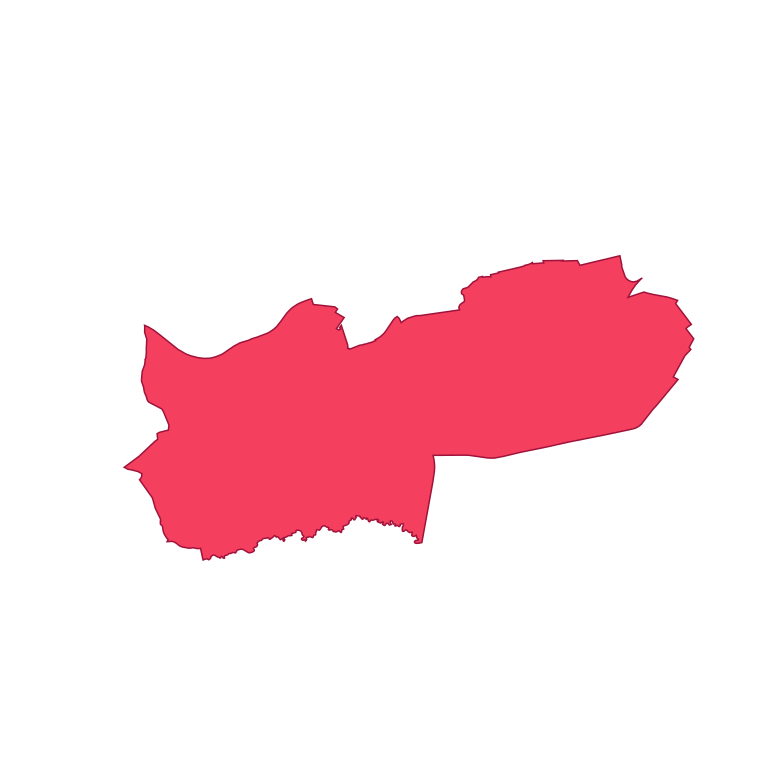 outline of Cumberland, New South Wales, Australia, rotated 314°
{"feature_id": "25037944B74007778337807", "entity_name": "Cumberland", "entity_type": "district", "adm_level": 2, "iso_a3": "AUS", "parent_name": "Australia", "parent_adm1": "New South Wales", "projection": "natural_earth1", "projection_center": [150.958, -33.837], "detail": "fine", "context": "isolated", "style": "filled", "palette": "rose", "viewbox_px": 768, "rotation_deg": 314, "n_neighbors": 0, "source": "geoboundaries", "source_scale": "gbopen_adm2", "svg_char_len": 6159}
<svg xmlns="http://www.w3.org/2000/svg" viewBox="0 0 768 768"><g transform="rotate(314 384 384)"><path d="M119.9,337.5L123.3,340.6L124.5,342.5L125.2,345.5L125.3,347.3L125.7,350.0L126.9,352.6L130.3,357.6L131.0,358.4L133.6,360.4L135.8,363.9L137.2,365.4L138.4,366.1L131.7,376.1L134.7,377.5L135.5,378.7L135.8,380.0L136.1,380.2L138.4,380.3L139.6,379.4L142.0,379.8L142.5,380.1L143.2,381.1L143.9,384.3L144.6,385.5L144.9,387.0L145.6,387.3L146.7,386.7L147.4,387.3L147.5,387.8L147.1,389.2L147.6,390.1L147.9,390.2L149.4,388.9L150.0,388.7L152.4,390.2L154.4,390.3L155.6,391.5L157.8,392.3L158.2,392.7L159.0,394.1L159.4,394.6L162.5,393.8L166.0,395.9L166.5,396.6L167.1,397.8L168.3,402.9L168.8,404.2L169.7,405.0L171.7,406.1L173.2,406.5L174.0,406.5L174.5,406.0L174.9,404.5L175.5,404.1L176.3,404.3L178.4,405.3L180.1,405.0L180.6,404.6L181.4,403.2L181.8,403.0L184.2,403.2L184.9,403.4L186.3,404.5L188.2,404.3L189.7,405.0L190.8,406.1L193.0,407.4L193.2,407.9L192.7,409.3L193.0,409.7L193.8,410.1L195.0,410.1L196.0,410.5L198.5,410.5L199.2,410.8L199.0,412.8L199.6,413.2L200.1,413.3L200.3,413.7L200.3,415.3L200.0,417.5L200.3,417.8L201.6,418.2L202.1,418.9L202.0,419.3L201.1,420.5L201.3,421.2L202.4,421.2L203.2,420.5L203.3,420.1L202.8,418.8L203.3,418.4L206.4,420.1L208.6,420.7L210.1,422.3L211.1,422.9L211.4,422.8L211.8,421.7L212.4,421.5L215.8,423.6L216.4,423.5L217.2,422.6L217.8,422.7L219.0,423.6L219.8,424.7L220.2,425.6L220.4,426.6L219.9,428.3L218.8,429.8L218.8,431.9L218.6,432.3L217.6,432.5L215.7,432.1L215.2,432.2L215.0,432.5L214.9,433.4L215.3,434.3L217.0,435.3L216.4,436.6L217.4,436.7L218.1,436.5L218.7,436.1L219.2,435.0L220.1,434.9L221.3,436.0L222.6,436.4L223.7,439.0L224.3,439.5L226.5,438.6L227.6,439.4L228.2,439.5L229.4,438.3L230.1,438.0L230.8,437.9L231.7,437.0L232.3,436.8L232.8,437.1L233.7,438.8L234.1,439.1L235.0,439.1L238.2,438.5L240.0,439.0L240.7,439.9L241.4,442.5L242.2,443.8L242.0,444.5L240.9,444.8L240.7,445.8L241.4,446.6L242.2,446.8L242.7,447.4L243.0,448.2L242.7,449.9L242.8,450.3L243.6,450.6L243.6,451.5L243.8,451.9L245.4,452.9L246.5,453.1L246.9,453.4L247.2,454.1L247.2,455.9L247.5,456.3L248.2,456.2L249.3,455.2L250.0,455.0L251.6,455.8L252.7,454.0L253.4,453.5L257.3,455.3L259.1,455.6L259.7,455.4L261.0,454.2L263.5,454.8L264.7,453.9L265.2,453.9L265.6,454.9L265.5,456.9L266.0,457.2L268.7,456.7L269.5,455.4L269.8,455.3L270.2,455.6L272.1,458.4L272.1,458.9L271.6,459.5L271.8,460.4L271.6,461.6L271.7,462.5L272.2,462.7L273.1,462.1L273.6,462.2L274.2,463.0L274.4,465.2L274.8,465.2L275.4,464.8L275.8,465.1L275.8,465.6L274.6,468.1L274.6,469.0L275.2,469.4L276.5,469.0L276.9,469.1L278.4,470.7L281.2,472.2L282.2,473.5L282.4,474.4L282.3,474.8L281.5,475.0L280.7,474.3L280.5,475.2L280.6,476.0L281.2,476.9L281.4,477.9L283.2,478.5L284.1,479.1L283.9,479.7L282.4,479.9L282.2,480.2L282.2,481.7L282.5,482.6L283.0,482.9L285.2,482.6L286.0,482.9L286.5,483.9L286.2,485.8L288.0,486.9L288.9,484.3L289.6,483.8L290.3,483.9L291.1,485.5L290.1,486.8L289.7,488.0L290.8,489.0L291.0,489.7L290.6,490.2L289.6,490.3L289.5,490.7L291.5,491.8L291.7,492.5L291.9,493.9L293.4,494.1L294.4,493.1L296.7,494.6L296.6,495.1L296.3,495.7L295.5,496.2L293.6,496.8L292.1,498.1L291.0,499.4L291.2,500.0L291.8,500.6L293.8,500.9L294.5,501.4L294.6,501.8L294.5,503.9L295.1,505.9L296.9,507.1L296.8,507.6L294.9,508.6L294.4,509.0L294.3,509.5L294.4,510.3L295.0,511.3L296.0,511.8L297.3,512.1L297.6,512.5L297.3,513.1L296.6,513.5L296.2,514.1L296.1,516.8L295.6,517.0L295.1,516.8L293.5,515.5L292.8,515.3L291.6,515.6L291.2,516.2L291.4,517.2L291.8,517.9L293.6,519.6L296.2,521.4L347.3,487.3L356.2,480.9L358.7,478.8L361.3,476.2L364.2,472.6L366.8,468.9L388.7,491.3L391.7,494.6L402.7,509.8L404.8,512.2L407.6,515.0L414.6,520.0L429.5,529.5L453.1,545.7L469.6,556.5L502.1,579.1L523.0,593.2L526.4,595.3L529.0,596.3L531.8,596.9L534.0,597.0L552.1,595.1L558.4,594.9L591.5,592.4L590.1,587.2L613.4,580.8L622.0,580.7L622.3,578.1L631.7,575.4L633.6,562.8L635.2,562.7L640.4,563.7L644.4,538.0L648.1,537.1L645.3,531.1L643.4,527.5L635.7,515.9L632.5,510.6L630.7,507.1L615.8,499.3L623.8,497.2L630.5,496.1L635.9,495.9L639.7,496.1L633.9,494.6L630.9,492.7L629.8,491.3L628.7,489.1L628.4,487.6L628.2,485.3L628.6,483.1L633.2,474.0L635.2,471.8L640.1,464.6L605.5,442.5L607.1,437.4L596.3,426.8L597.1,426.7L583.2,412.8L582.1,414.8L573.8,407.4L574.5,406.3L574.1,406.1L573.6,406.4L570.2,404.8L566.8,402.7L566.4,402.9L562.4,400.6L543.8,388.5L543.4,389.2L536.6,384.7L535.4,386.4L532.6,383.4L529.4,380.9L529.9,380.2L526.4,377.9L525.1,378.4L523.8,378.5L521.8,378.2L519.5,377.3L512.6,377.2L511.2,376.9L507.5,374.8L504.9,375.1L504.2,375.5L503.1,376.6L502.9,378.0L503.2,379.3L503.1,379.8L500.9,382.9L499.9,384.0L498.8,384.4L494.7,383.6L492.8,383.8L490.9,384.8L489.8,386.9L458.0,362.2L456.3,360.4L454.6,359.1L447.6,355.3L442.2,354.0L440.1,353.8L441.6,349.7L441.8,348.6L441.7,346.6L439.2,346.1L436.9,346.1L423.4,348.5L420.4,348.8L416.6,348.6L414.0,348.2L409.7,346.9L409.4,347.9L407.4,346.8L405.5,346.4L405.5,346.1L398.6,342.2L398.6,341.9L396.5,340.9L395.4,339.8L385.0,335.0L385.3,334.2L384.3,333.1L385.8,332.0L387.0,330.5L396.6,312.5L393.6,312.9L393.7,313.6L393.2,314.7L391.3,313.8L390.8,311.3L404.1,309.2L401.7,299.2L405.7,298.5L405.3,295.0L392.1,277.9L395.0,272.6L391.4,270.7L385.2,267.8L381.6,266.4L375.8,265.1L373.0,264.8L367.6,264.8L358.5,266.1L350.7,266.9L346.6,266.6L341.9,265.6L339.7,264.9L330.1,260.4L324.6,257.4L321.6,256.3L313.5,251.8L306.9,249.7L293.1,246.9L286.8,244.1L282.0,241.2L277.6,237.0L273.8,232.0L270.3,225.9L268.0,220.7L265.8,211.8L263.5,187.0L262.7,180.6L261.3,174.9L259.9,171.0L259.0,172.1L254.9,175.9L251.4,182.3L244.9,187.9L241.5,191.2L237.4,194.5L235.3,195.3L234.9,196.0L231.3,198.6L225.3,201.2L218.6,206.6L217.5,207.8L214.7,213.2L211.7,217.3L209.8,221.7L208.1,224.7L207.7,225.9L207.6,227.0L207.8,228.3L211.7,241.5L210.8,244.7L205.1,257.8L201.0,260.9L193.2,256.0L190.6,255.3L187.0,259.6L183.1,259.0L161.7,258.0L143.6,255.0L144.8,259.1L147.0,262.3L150.1,267.8L151.3,272.1L148.8,274.1L146.7,274.6L145.3,274.6L141.3,296.0L140.8,297.2L135.8,305.7L131.6,317.0L130.1,318.6L130.0,318.4L128.0,320.3L127.8,321.0L127.9,322.5L127.6,323.7L124.9,327.2L123.7,329.4L122.8,332.2L122.2,335.2L122.1,336.8L119.9,337.5Z" fill="#f43f5e" stroke="#9f1239" stroke-width="1.5"/></g></svg>